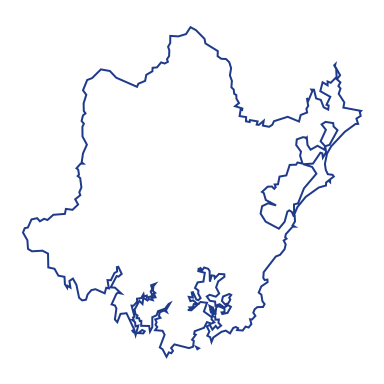 Central Coast (NSW), New South Wales, Australia
{"feature_id": "25037944B67888909972324", "entity_name": "Central Coast (NSW)", "entity_type": "district", "adm_level": 2, "iso_a3": "AUS", "parent_name": "Australia", "parent_adm1": "New South Wales", "projection": "albers", "projection_center": [151.338, -33.307], "detail": "fine", "context": "isolated", "style": "outline", "palette": "blue", "viewbox_px": 384, "rotation_deg": 0, "n_neighbors": 0, "source": "geoboundaries", "source_scale": "gbopen_adm2", "svg_char_len": 6003}
<svg xmlns="http://www.w3.org/2000/svg" viewBox="0 0 384 384"><path d="M306.9,98.0L308.2,105.9L306.4,108.8L307.1,112.5L300.7,115.0L299.0,121.5L287.7,116.8L274.0,121.2L272.3,124.8L269.1,126.8L262.9,125.6L263.7,120.8L258.8,124.9L256.7,124.6L257.6,121.4L250.0,120.1L249.7,122.0L246.0,121.3L246.1,117.1L239.6,116.1L240.6,109.9L242.1,110.1L242.4,108.5L235.1,106.2L239.0,103.1L236.4,98.6L236.3,95.0L234.2,93.8L233.7,89.5L231.4,87.3L231.9,80.9L229.9,75.4L231.1,68.2L229.3,62.3L226.0,59.0L221.3,58.8L217.6,56.2L217.8,51.1L205.4,43.4L204.5,38.8L195.9,30.1L190.5,27.2L186.0,34.1L178.3,36.4L170.3,35.9L170.2,43.1L168.1,46.8L169.3,50.3L169.1,56.1L167.0,59.2L167.9,61.8L164.7,63.5L161.1,62.4L157.0,67.4L152.6,67.8L152.4,71.3L146.3,74.8L145.1,80.9L138.4,83.7L137.0,86.8L116.2,77.7L109.9,71.0L100.9,69.4L92.1,78.1L87.2,80.0L83.0,90.3L86.3,94.8L83.6,103.4L83.8,111.0L85.5,113.4L83.0,115.4L81.6,121.0L83.9,123.7L82.4,126.8L82.5,136.5L86.9,144.6L83.0,153.4L81.7,162.2L83.4,163.7L80.6,163.7L76.5,168.3L78.2,169.6L79.0,174.7L77.7,176.0L80.2,178.1L81.4,187.5L79.3,192.2L80.3,195.2L75.2,199.3L78.1,204.5L72.5,209.8L65.9,208.9L64.9,213.9L53.3,214.8L47.5,220.0L44.1,218.8L39.9,221.3L37.2,218.2L31.5,219.4L27.9,227.5L24.7,228.2L23.0,232.6L27.4,240.3L28.0,248.9L32.0,251.3L42.5,250.7L48.0,253.6L48.3,267.4L54.5,268.8L58.4,275.7L64.5,276.8L64.9,284.2L67.2,287.8L67.5,285.8L70.4,287.6L69.4,281.0L72.9,278.6L76.4,284.8L79.1,297.8L82.2,300.4L86.0,299.7L87.6,294.5L91.4,290.1L95.5,289.2L104.7,293.3L106.2,287.8L108.8,288.4L107.5,280.1L110.9,280.2L114.4,273.1L117.1,271.5L116.9,267.1L118.3,266.8L121.7,273.9L118.5,276.6L116.6,276.1L110.7,287.4L114.9,287.6L121.3,293.5L117.6,292.7L116.2,294.2L111.6,304.4L115.0,305.5L116.4,308.5L114.9,319.5L117.3,322.2L120.5,313.9L126.5,313.2L134.3,329.8L132.4,330.7L133.3,332.0L134.3,330.4L135.6,335.2L138.3,325.6L135.5,326.4L135.1,322.3L132.5,320.1L133.8,320.3L133.0,317.5L134.5,316.7L131.6,305.6L133.6,305.7L137.1,301.7L137.0,298.7L141.2,298.1L143.5,294.1L143.9,296.4L146.8,295.6L146.9,297.7L152.6,295.8L150.7,291.6L152.2,289.1L151.1,285.3L155.4,283.7L153.4,286.2L152.9,290.9L155.2,292.9L153.8,293.5L155.5,297.3L151.6,297.9L152.7,300.1L148.9,299.0L147.5,300.5L143.3,297.8L142.5,304.0L139.4,300.9L134.6,309.6L135.5,314.2L137.5,315.5L136.7,318.2L139.1,318.2L139.8,321.1L141.3,320.9L141.2,325.8L149.1,326.0L150.0,331.6L152.3,327.1L152.3,317.2L156.6,315.3L158.0,311.2L165.0,308.7L168.6,304.0L170.1,303.2L165.9,310.3L166.7,312.0L164.1,310.5L159.7,312.4L159.0,316.1L160.4,317.8L155.3,319.4L156.6,322.3L155.5,324.8L157.3,327.0L155.1,330.2L162.5,330.8L164.6,334.7L159.8,347.4L162.6,349.3L166.5,356.8L168.9,352.4L171.3,353.2L173.0,350.9L171.1,348.0L174.4,344.4L189.0,348.1L193.1,346.7L193.8,340.9L192.1,339.7L195.8,334.7L194.1,334.0L194.7,331.2L204.0,327.8L207.0,322.1L211.2,323.6L214.3,322.4L211.5,319.2L211.9,317.3L203.9,311.5L207.0,302.8L200.5,302.0L191.3,310.3L187.8,310.0L191.1,309.1L189.6,307.4L192.9,307.2L193.8,304.1L197.4,303.9L193.1,300.4L190.4,301.1L188.8,296.9L192.8,297.5L191.7,292.5L192.9,292.1L196.3,299.5L198.3,300.2L200.6,298.1L198.2,293.6L198.4,290.5L195.0,288.0L197.6,282.4L203.4,281.6L204.8,272.8L198.3,271.1L198.6,269.0L202.1,270.6L200.8,269.6L199.9,267.4L202.3,270.1L204.2,267.5L208.2,268.8L209.6,271.0L209.9,281.7L211.7,275.4L214.4,275.8L214.8,278.3L219.0,273.9L224.3,274.3L224.4,276.8L218.2,281.4L216.1,287.4L219.2,293.5L215.8,296.7L209.7,294.8L206.8,296.5L209.9,300.8L215.1,301.6L215.5,305.7L219.6,304.2L224.4,307.5L226.6,306.1L221.9,300.9L223.0,296.5L229.4,294.0L231.2,295.0L229.2,297.7L230.3,299.6L228.3,303.2L226.1,304.0L230.9,306.8L227.5,312.9L222.3,314.0L221.6,312.4L224.5,312.1L224.5,308.7L218.6,306.2L216.3,307.2L215.4,313.5L213.0,307.9L211.4,309.2L212.6,307.5L209.5,305.9L210.7,310.0L212.7,310.8L210.4,310.3L211.0,312.5L213.3,312.9L211.8,312.1L213.0,311.4L215.3,313.6L212.4,314.5L212.5,316.2L215.2,316.9L215.4,319.7L218.8,319.5L218.5,322.8L221.1,325.6L217.6,328.4L215.7,325.9L212.4,329.6L209.8,324.8L206.8,326.5L209.4,331.5L207.3,335.7L210.2,337.2L211.5,342.0L213.3,337.5L221.5,331.8L225.8,330.6L230.0,333.4L233.3,327.9L235.8,327.0L238.1,328.2L237.1,330.1L242.7,330.5L245.6,326.6L248.6,327.5L251.4,324.1L250.1,319.3L252.0,319.5L255.4,315.9L253.3,312.7L254.7,309.2L257.4,307.1L263.0,307.0L264.6,304.1L262.4,301.2L261.4,294.7L258.7,292.6L261.3,286.4L267.6,282.1L267.4,279.6L264.6,280.0L263.3,278.0L263.7,272.2L275.8,256.5L280.1,254.8L284.6,249.2L285.7,244.4L283.7,240.5L286.5,238.7L285.2,237.3L285.8,234.2L292.6,226.7L294.8,226.7L292.6,225.4L295.0,221.4L294.7,215.9L293.6,216.0L291.9,212.0L289.3,210.4L287.4,211.6L284.6,221.8L278.9,228.7L265.7,221.7L260.6,213.6L262.1,206.2L268.1,203.3L276.1,205.4L265.8,200.0L263.8,193.1L262.0,191.9L267.7,186.7L271.9,186.5L274.2,188.8L275.7,187.2L274.7,184.5L278.0,184.3L279.5,176.6L286.3,175.4L289.7,164.9L296.1,164.7L297.5,162.5L302.5,163.6L300.1,155.7L301.0,151.6L296.2,145.1L296.8,139.4L302.9,137.2L306.4,137.6L305.9,138.3L305.7,139.1L306.8,137.7L307.5,145.0L310.6,149.7L317.5,145.8L324.8,149.9L324.9,146.0L320.6,141.3L325.9,129.8L321.6,124.4L325.5,121.9L333.2,123.1L333.6,126.5L337.5,130.2L329.5,144.9L325.2,146.2L326.1,152.2L322.9,157.6L322.3,153.3L320.4,152.7L313.0,163.6L303.2,164.2L312.1,166.9L316.4,173.7L304.0,188.3L298.0,203.4L294.0,204.4L294.1,215.0L297.3,207.2L305.7,196.9L318.8,187.5L326.0,185.5L326.1,182.5L333.8,176.5L332.5,174.8L327.8,174.2L325.8,169.9L324.9,163.9L327.0,153.7L331.2,146.3L344.8,131.8L355.5,124.0L358.1,123.9L356.4,118.6L360.7,115.9L359.8,112.1L361.0,110.9L343.4,107.6L344.3,102.4L338.7,93.8L340.5,88.5L338.4,86.0L340.4,82.4L336.9,79.3L340.1,75.2L334.9,66.0L335.3,64.2L334.2,65.3L336.2,68.9L336.6,76.9L330.7,82.8L327.6,81.5L327.6,85.3L322.6,82.3L320.3,91.2L330.3,96.8L326.5,104.8L328.7,105.5L328.2,109.6L323.7,107.3L320.8,99.9L316.1,98.4L314.0,89.7L311.4,89.6L312.4,91.0L308.4,100.6L306.9,98.0ZM138.2,333.1L143.3,333.4L144.7,331.3L142.2,330.0L138.2,333.1ZM196.3,347.0L197.4,349.2L198.9,348.3L196.3,347.0ZM330.1,182.1L330.1,181.0L329.4,181.4L330.1,182.1Z" fill="none" stroke="#1e3a8a" stroke-width="2"/></svg>